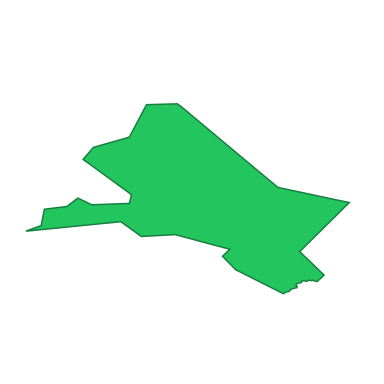 Nazaré do Piauí, Piauí, Brazil, rotated 100°
{"feature_id": "56859067B23275533922322", "entity_name": "Nazaré do Piauí", "entity_type": "district", "adm_level": 2, "iso_a3": "BRA", "parent_name": "Brazil", "parent_adm1": "Piauí", "projection": "natural_earth1", "projection_center": [-42.675, -7.077], "detail": "fine", "context": "isolated", "style": "filled", "palette": "green", "viewbox_px": 384, "rotation_deg": 100, "n_neighbors": 0, "source": "geoboundaries", "source_scale": "gbopen_adm2", "svg_char_len": 826}
<svg xmlns="http://www.w3.org/2000/svg" viewBox="0 0 384 384"><g transform="rotate(100 192 192)"><path d="M250.9,47.5L232.0,75.6L222.0,68.5L219.4,66.7L175.1,35.3L174.6,51.5L172.6,108.1L147.9,151.3L139.6,165.6L138.5,167.6L109.7,217.6L107.7,221.7L113.9,252.0L148.8,263.2L165.2,296.9L178.9,304.9L182.4,297.5L205.1,251.2L214.1,251.6L222.0,288.5L217.8,303.4L228.0,312.7L234.6,334.4L251.2,334.7L259.4,348.7L233.6,257.0L237.5,248.8L244.6,234.2L238.6,208.5L236.9,201.0L240.8,157.1L241.8,144.8L250.0,150.8L260.9,135.6L276.3,84.3L275.2,83.0L274.1,81.9L273.6,80.1L272.4,78.6L270.6,77.8L268.8,74.1L268.1,72.2L266.8,72.0L265.8,73.4L264.5,73.1L263.2,71.4L262.4,68.8L260.4,68.2L260.0,65.9L260.1,63.5L258.9,62.3L258.5,60.8L258.5,59.1L257.9,57.3L258.4,55.5L258.5,53.2L250.9,47.5Z" fill="#22c55e" stroke="#15803d" stroke-width="1.5"/></g></svg>